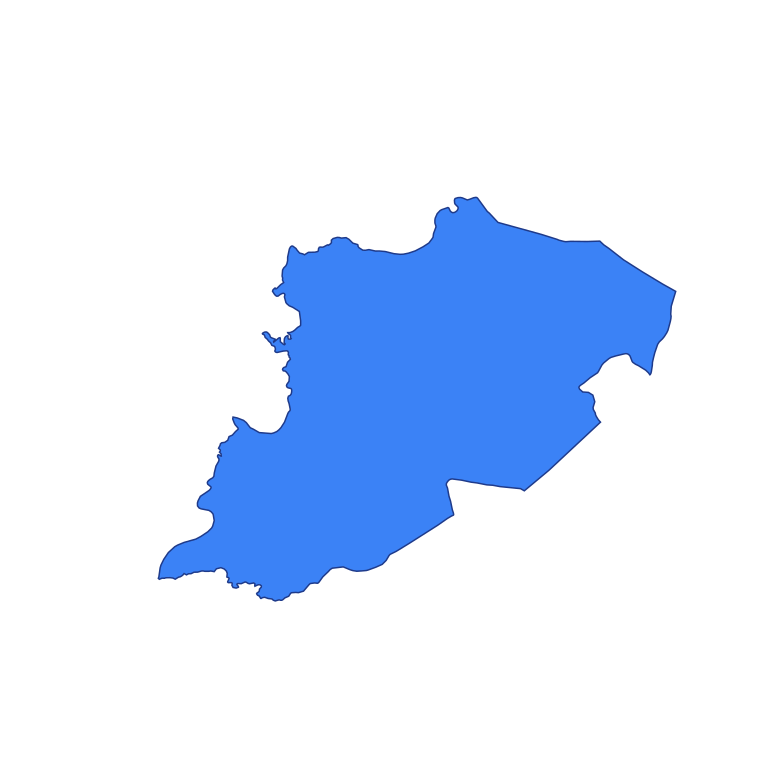 Namasigue, Choluteca, Honduras, rotated 57°
{"feature_id": "27666195B26128912402199", "entity_name": "Namasigue", "entity_type": "district", "adm_level": 2, "iso_a3": "HND", "parent_name": "Honduras", "parent_adm1": "Choluteca", "projection": "natural_earth1", "projection_center": [-87.151, 13.15], "detail": "fine", "context": "isolated", "style": "filled", "palette": "blue", "viewbox_px": 768, "rotation_deg": 57, "n_neighbors": 0, "source": "geoboundaries", "source_scale": "gbopen_adm2", "svg_char_len": 6168}
<svg xmlns="http://www.w3.org/2000/svg" viewBox="0 0 768 768"><g transform="rotate(57 384 384)"><path d="M424.0,679.1L425.4,678.8L426.0,675.9L427.4,673.8L427.7,672.5L430.0,668.8L431.8,666.7L434.0,665.4L434.1,661.5L434.7,660.0L434.8,658.5L434.7,656.8L434.1,654.9L436.5,653.6L436.7,651.3L438.0,649.1L438.4,645.8L440.3,642.7L441.5,638.8L442.3,637.5L443.4,636.4L445.7,632.9L446.5,631.1L448.9,628.6L447.7,625.2L449.2,620.8L452.2,618.7L455.1,618.1L457.4,618.6L460.3,620.9L460.8,620.7L461.7,619.8L462.8,619.9L464.6,622.7L465.0,623.0L465.8,622.8L467.3,620.4L468.0,619.9L468.7,620.0L470.0,621.2L472.4,621.4L474.6,619.2L475.2,616.8L474.6,616.4L472.1,616.6L471.6,616.0L471.7,615.3L473.7,612.5L474.4,608.3L475.4,607.4L477.2,606.6L478.3,605.6L479.9,601.6L481.5,601.1L482.5,602.1L483.3,602.4L483.7,599.5L484.1,598.4L485.1,597.2L486.5,596.8L487.5,597.5L488.2,600.1L489.8,601.5L490.1,602.5L490.1,604.2L490.6,605.1L492.2,605.1L493.9,604.1L496.6,604.2L496.9,603.9L497.0,602.2L497.9,600.2L500.8,598.0L503.2,595.1L505.0,594.6L506.7,593.4L507.9,589.5L509.0,588.6L509.7,587.5L509.8,586.3L509.4,583.5L510.1,579.5L508.8,576.6L508.6,575.4L510.7,571.6L512.4,569.4L513.9,564.3L511.4,556.0L511.2,554.5L513.1,550.5L514.8,548.4L515.0,547.8L514.8,546.5L512.4,540.3L511.0,532.9L510.3,530.3L510.3,527.7L515.2,517.8L521.3,513.6L523.5,511.8L526.2,508.8L528.5,504.7L530.8,500.4L531.4,498.5L533.2,490.6L534.3,483.7L533.1,478.2L530.6,473.2L530.2,471.7L531.0,465.0L531.4,449.5L531.7,415.9L531.3,404.0L531.5,399.3L531.8,397.3L531.6,396.8L530.1,396.1L526.7,395.2L518.5,392.0L513.5,390.6L505.8,387.4L502.7,386.8L501.4,385.8L500.8,384.7L500.0,382.3L500.0,380.4L500.7,378.6L506.9,371.3L513.8,364.4L517.7,359.8L524.6,352.7L528.1,348.0L533.3,342.5L546.1,326.5L550.0,324.5L546.2,292.8L533.9,223.2L530.7,223.7L526.9,223.6L524.9,223.3L523.4,222.6L519.3,222.3L517.5,221.4L513.7,216.9L507.1,214.9L502.4,217.1L498.9,221.7L494.8,222.8L493.0,222.4L492.4,221.6L492.1,220.1L492.0,215.6L491.0,207.7L490.9,198.8L490.2,197.2L486.8,191.0L486.0,188.4L485.2,181.6L485.3,179.2L486.7,174.3L489.4,166.6L490.2,164.7L491.2,163.5L492.6,162.7L494.5,162.4L500.2,163.6L501.4,163.5L504.4,162.3L507.2,160.6L514.9,157.0L518.7,156.1L521.1,156.0L521.1,155.6L520.4,154.3L519.2,153.0L514.6,148.9L512.0,147.0L508.4,143.3L505.2,139.8L499.8,132.9L498.6,130.2L497.8,125.9L496.9,123.1L495.1,119.1L493.6,116.6L487.4,109.7L485.2,107.6L483.5,106.3L481.6,105.5L475.2,100.7L465.2,88.9L452.1,95.8L430.7,106.2L410.3,115.5L392.9,121.5L387.0,123.9L381.7,125.2L375.1,136.1L366.0,149.8L363.7,154.0L362.4,155.5L358.7,158.9L356.9,160.1L344.3,170.5L310.6,200.4L298.1,202.6L295.6,203.4L279.2,204.3L278.2,204.6L277.5,205.3L276.6,207.4L275.7,211.7L275.0,213.9L270.6,216.9L269.3,218.2L268.0,220.4L267.2,223.2L267.4,223.9L268.3,224.9L270.7,226.2L272.0,226.4L275.7,225.6L276.8,225.9L277.7,226.9L278.4,228.3L278.6,229.9L278.5,231.4L277.8,233.0L276.5,233.9L274.9,234.2L271.7,233.8L270.8,234.3L269.2,240.7L269.1,242.5L270.1,246.6L272.8,250.7L274.2,252.0L276.7,253.6L279.7,254.4L280.7,255.0L284.8,260.5L287.7,263.0L288.7,265.4L290.2,269.6L290.2,276.5L289.4,285.2L287.6,292.2L285.7,297.0L284.0,299.9L280.1,304.7L273.6,310.8L269.9,315.5L267.8,318.8L263.1,323.4L261.7,326.8L260.2,328.9L256.0,330.8L254.3,330.8L253.4,330.2L252.7,330.2L248.9,333.4L243.5,334.6L240.6,336.1L238.4,340.3L236.8,341.7L235.6,343.3L234.3,347.4L234.7,349.8L236.8,351.1L237.3,352.6L237.3,355.1L236.7,355.4L236.5,355.9L236.1,360.1L235.7,361.2L234.5,362.8L234.1,363.8L234.9,365.3L236.4,366.4L236.8,367.4L235.8,370.2L232.4,375.7L232.3,380.3L230.7,381.2L228.2,383.5L224.5,384.0L222.4,384.0L218.9,385.3L218.2,385.9L218.0,386.7L218.2,388.0L219.2,389.8L225.1,395.7L228.1,397.7L230.3,400.0L231.4,401.8L232.1,405.0L233.2,407.0L238.0,410.7L240.0,411.3L241.5,412.5L244.3,412.9L244.4,416.5L245.5,422.0L245.2,423.0L244.7,423.3L244.2,423.1L244.1,423.5L244.6,425.9L245.5,427.0L249.3,427.0L250.9,426.7L252.0,426.1L252.6,424.8L252.4,422.5L252.6,420.2L253.1,419.0L254.0,418.3L255.2,418.5L256.7,420.1L262.3,421.9L263.7,421.8L266.8,420.9L269.9,418.8L277.1,415.5L285.6,419.5L289.3,421.9L289.6,423.0L289.5,425.7L290.2,429.6L290.3,431.8L289.7,434.7L288.5,436.7L289.5,436.8L292.0,435.9L292.8,436.1L294.0,437.1L295.4,437.1L295.4,438.1L294.2,439.7L292.8,439.3L291.5,438.3L291.0,438.3L290.7,439.3L290.7,440.7L291.1,441.8L291.9,443.0L294.9,445.2L296.5,445.1L296.8,445.5L296.8,446.2L296.0,446.7L292.1,447.9L289.2,446.1L288.5,446.0L288.1,447.3L288.8,453.6L288.0,453.3L288.2,451.8L287.6,451.6L287.1,450.9L284.2,453.0L282.9,453.7L280.3,453.1L277.3,453.7L276.2,454.4L275.5,455.7L275.2,457.5L275.6,458.6L276.1,458.6L277.1,457.8L278.6,457.8L280.2,458.3L282.9,457.5L285.0,457.4L287.7,456.7L290.5,457.0L292.5,455.5L293.3,455.3L295.6,456.0L296.9,457.6L298.1,457.6L299.3,456.6L301.5,450.6L303.1,447.6L303.9,446.9L305.4,446.9L307.3,448.4L308.4,448.2L309.7,448.9L311.1,448.7L312.3,449.1L313.2,453.0L316.1,456.7L315.6,459.1L315.9,460.4L316.6,461.2L318.1,461.3L319.3,459.9L320.7,459.4L323.6,459.1L326.2,459.3L330.0,462.2L331.4,465.7L332.4,466.8L334.0,467.0L335.0,466.5L337.0,464.6L337.8,464.4L338.8,464.7L340.5,465.9L341.9,467.4L342.4,468.8L342.2,470.8L343.5,472.4L346.0,473.6L348.8,474.3L354.1,476.4L355.1,477.3L355.6,479.4L356.4,480.8L361.8,488.2L364.5,494.2L365.2,497.1L365.5,499.8L364.9,503.4L364.1,505.6L356.8,515.1L350.7,518.2L347.8,520.0L341.4,520.5L338.0,521.6L332.5,525.6L329.5,528.6L330.9,529.9L335.0,530.8L337.1,531.0L341.5,530.4L342.5,531.0L343.0,534.4L344.3,539.0L343.7,542.6L346.1,545.7L346.2,549.3L344.9,552.1L345.1,553.8L346.1,554.8L347.8,557.8L350.1,557.2L351.1,557.8L351.5,559.1L353.8,558.7L355.8,559.7L355.3,560.3L353.3,561.1L353.1,561.6L353.3,562.4L354.4,563.2L357.1,563.3L358.2,564.1L358.9,565.0L361.3,569.6L366.1,574.7L368.8,577.0L369.4,578.8L369.2,581.6L369.4,583.6L369.8,585.0L370.6,586.0L372.1,586.4L375.8,585.2L376.5,585.3L377.1,585.9L377.7,587.3L378.0,588.6L378.2,599.2L380.6,603.4L382.2,605.3L384.7,606.8L387.3,606.6L389.1,605.4L394.6,599.7L396.9,598.6L399.4,598.2L400.6,598.4L406.1,600.8L409.9,605.1L410.9,607.0L412.0,612.3L412.1,620.6L411.6,626.3L408.0,637.9L406.7,644.8L406.5,648.1L407.9,656.6L411.1,664.2L414.4,669.7L416.3,671.9L423.3,678.0L424.0,679.1Z" fill="#3b82f6" stroke="#1e3a8a" stroke-width="1.5"/></g></svg>